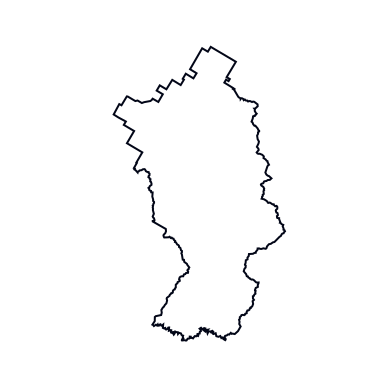 outline of Cessnock, New South Wales, Australia, rotated 291°
{"feature_id": "25037944B68071810644037", "entity_name": "Cessnock", "entity_type": "district", "adm_level": 2, "iso_a3": "AUS", "parent_name": "Australia", "parent_adm1": "New South Wales", "projection": "mercator", "projection_center": [151.046, -32.894], "detail": "fine", "context": "isolated", "style": "outline", "palette": "ink", "viewbox_px": 384, "rotation_deg": 291, "n_neighbors": 0, "source": "geoboundaries", "source_scale": "gbopen_adm2", "svg_char_len": 6011}
<svg xmlns="http://www.w3.org/2000/svg" viewBox="0 0 384 384"><g transform="rotate(291 192 192)"><path d="M233.2,261.3L234.4,258.3L234.4,256.7L235.0,255.1L236.5,253.5L242.9,253.2L244.0,253.4L245.0,254.1L247.0,251.8L247.8,251.5L248.0,250.3L248.8,249.0L249.3,246.6L251.0,246.3L251.9,244.3L252.0,241.5L251.5,240.5L251.4,239.4L252.1,238.2L255.1,239.2L256.3,238.4L257.4,236.4L261.1,236.7L263.1,236.4L264.8,234.4L267.9,232.6L270.1,232.8L271.4,232.2L272.6,233.0L273.3,232.7L273.6,231.7L274.8,230.6L276.6,227.4L276.2,226.6L277.2,224.8L278.6,223.6L279.0,222.4L282.3,222.4L284.5,221.9L285.3,223.2L285.7,222.9L286.9,223.9L288.3,224.3L288.6,223.4L290.2,221.5L291.7,221.1L292.2,220.3L292.6,221.1L295.6,222.6L297.3,221.8L298.5,217.8L298.3,216.6L297.5,215.8L297.7,213.7L297.4,212.9L296.6,211.9L297.2,211.0L296.7,209.6L297.3,208.2L296.3,207.4L297.2,206.6L297.4,205.1L297.1,204.2L296.3,204.0L296.9,203.7L297.1,201.9L297.5,201.0L302.2,195.1L304.2,194.6L302.6,194.3L302.9,193.1L303.8,193.2L305.7,183.0L309.1,183.5L308.6,186.4L311.0,186.8L311.6,183.2L329.3,186.3L334.2,157.5L328.7,156.5L329.8,150.0L305.9,146.2L304.5,153.7L298.6,152.6L300.2,143.8L294.3,142.8L294.0,144.2L287.8,143.1L289.6,133.4L278.7,131.3L280.0,123.7L274.0,122.7L272.8,129.7L264.0,128.3L265.0,121.8L263.4,121.4L262.0,120.5L258.7,115.1L257.1,113.3L257.9,108.4L256.6,106.5L258.1,97.8L257.9,96.9L247.7,95.1L248.0,92.6L236.3,91.1L235.2,96.6L234.1,105.0L230.2,104.3L228.2,116.1L214.2,113.8L211.2,131.4L199.4,129.5L199.3,130.1L193.5,129.2L193.4,130.2L192.4,130.1L192.2,131.4L190.7,134.3L191.7,134.2L192.2,134.9L193.3,135.3L194.3,137.1L195.5,137.9L196.3,139.3L196.2,140.1L194.9,141.5L194.7,142.8L195.0,144.3L194.5,144.4L193.9,145.8L192.3,146.3L191.4,145.8L190.2,146.0L190.0,147.1L189.1,147.8L189.1,148.6L186.9,149.2L186.7,150.1L185.3,151.2L184.1,151.6L182.4,150.5L181.3,150.5L180.2,149.9L179.7,150.9L178.7,151.2L178.2,152.7L178.3,153.4L177.1,154.0L177.5,155.4L173.5,156.6L171.1,158.4L169.7,158.9L169.2,160.1L168.2,160.5L167.4,160.2L165.6,160.5L165.2,160.2L164.2,160.9L163.4,160.9L162.3,161.7L161.2,161.9L158.0,164.2L155.0,164.1L154.2,165.0L153.9,165.9L152.3,167.1L151.7,167.1L150.9,165.7L150.4,165.9L148.1,180.8L146.0,181.8L144.0,181.8L142.0,180.9L141.3,180.9L140.1,181.7L139.6,182.4L141.3,186.3L142.2,187.1L141.5,188.5L142.0,188.9L142.1,189.6L141.6,190.0L141.8,191.5L140.8,192.3L140.3,193.8L139.2,194.0L139.2,195.1L137.7,197.0L137.6,198.2L137.2,199.0L135.9,199.7L135.7,201.1L133.6,202.7L133.4,203.7L132.2,204.2L131.0,204.0L130.0,205.0L125.5,207.6L125.8,208.8L124.0,209.8L123.1,213.0L122.3,213.7L120.6,216.5L119.8,216.3L118.7,216.5L118.0,215.8L117.2,215.8L116.2,217.0L115.1,217.2L114.3,215.5L112.9,215.1L112.2,214.0L110.2,214.0L109.7,212.7L108.8,211.6L107.8,211.1L105.9,211.2L105.3,212.2L104.4,212.4L102.8,210.9L101.5,211.1L100.9,210.6L99.6,210.1L97.0,211.1L95.7,210.6L94.9,210.8L94.0,209.9L92.9,209.6L91.2,210.1L90.4,209.6L90.2,208.9L89.1,208.7L88.2,208.1L87.0,208.2L84.2,206.5L83.2,206.6L81.9,207.6L78.8,208.0L77.0,207.2L74.7,206.8L73.7,206.2L70.8,205.7L68.5,207.0L66.1,207.3L63.1,202.7L62.0,202.1L58.1,203.5L54.0,202.6L54.0,203.2L53.2,204.5L55.2,205.9L54.8,207.2L56.0,207.5L55.1,208.2L55.3,209.0L56.6,209.3L57.2,210.0L56.3,211.0L56.3,211.7L57.9,212.6L54.7,213.5L54.6,214.5L55.5,215.7L54.5,216.2L54.3,217.1L55.1,217.9L57.0,218.5L57.3,219.2L54.2,220.1L55.4,221.5L55.5,222.1L54.5,222.2L53.3,222.8L53.3,225.0L52.3,226.1L52.9,226.3L54.6,224.8L54.9,225.9L53.8,226.8L55.7,226.4L55.6,227.8L56.0,228.9L54.5,229.8L55.9,230.2L56.0,232.4L54.8,233.5L54.6,234.3L54.7,235.2L53.3,235.3L52.3,236.4L51.0,235.5L50.0,235.6L49.8,235.9L51.1,238.4L51.1,239.6L51.5,240.1L53.5,240.5L54.1,241.8L54.6,242.2L56.2,241.7L56.5,242.7L55.4,243.3L55.9,244.6L55.7,245.4L58.4,246.2L58.7,247.5L59.6,247.7L59.7,249.3L60.3,249.3L61.5,248.2L62.6,249.9L64.2,249.4L65.4,250.2L66.6,249.2L67.1,248.1L68.5,249.1L67.6,250.9L68.0,251.4L69.3,252.1L69.4,253.4L67.6,253.6L67.0,252.9L66.5,254.5L68.2,254.7L69.2,256.3L67.5,255.8L65.6,257.2L67.7,257.4L68.4,258.9L67.8,260.1L69.4,260.4L69.7,260.8L69.0,262.1L67.9,261.9L67.2,262.3L67.1,263.0L68.6,264.7L66.1,266.4L66.3,268.6L67.7,270.0L66.2,271.7L67.1,272.3L67.2,272.8L66.0,273.9L65.6,276.1L66.3,276.3L67.1,275.9L67.9,274.4L69.6,274.5L70.6,275.9L72.0,276.7L72.2,277.8L74.4,278.7L73.8,279.8L74.3,280.5L74.7,282.8L78.6,284.8L83.9,285.6L85.7,283.4L87.9,282.9L89.6,281.7L90.7,282.1L92.3,281.5L93.8,282.3L94.8,282.3L95.5,283.4L95.7,284.8L96.5,285.4L97.4,285.3L98.4,286.5L99.7,286.0L101.3,286.2L101.7,287.2L102.6,287.8L103.9,287.7L104.6,288.4L105.1,288.0L106.7,289.2L109.4,289.2L111.8,287.7L113.5,288.5L114.4,287.1L116.5,286.2L117.3,287.0L118.5,286.9L119.8,287.7L120.7,287.1L122.5,286.8L122.6,286.1L123.0,285.9L125.3,285.9L127.0,287.5L128.8,286.7L130.7,286.8L131.4,286.6L130.7,285.0L130.7,284.1L131.9,281.3L132.1,280.0L131.6,279.1L131.7,277.4L132.1,277.1L132.4,275.2L133.2,274.4L133.0,273.3L134.7,272.0L136.5,268.7L139.2,268.5L140.7,269.1L142.6,268.5L142.9,267.6L143.3,267.4L144.8,267.5L147.6,266.7L149.0,268.0L150.7,267.3L152.5,267.9L154.5,267.4L156.2,271.1L157.4,272.0L158.1,273.3L159.0,273.0L161.8,273.9L162.8,273.5L163.4,274.8L163.3,275.8L163.7,277.2L165.0,278.8L165.4,281.2L166.5,281.7L168.0,281.5L170.8,282.5L171.9,284.2L173.9,285.5L174.9,286.9L181.6,289.8L182.8,290.7L184.8,290.9L185.6,291.3L186.3,292.3L187.7,292.4L188.6,292.9L189.5,292.0L189.6,290.9L190.7,290.6L192.4,289.0L194.0,289.0L194.1,287.1L194.9,285.8L194.8,285.1L195.6,285.1L198.0,283.0L198.8,282.7L198.3,281.0L198.9,280.4L200.0,279.9L200.9,280.5L201.8,280.2L203.0,279.3L203.1,278.1L204.6,276.9L205.3,276.8L206.9,277.6L208.5,277.1L209.1,276.5L209.3,275.8L208.5,274.8L209.2,273.2L209.8,272.7L209.3,271.6L210.0,268.9L209.9,268.1L209.3,267.5L209.2,266.6L210.1,265.7L210.6,264.1L211.0,262.0L210.7,259.4L211.7,259.5L212.6,259.1L213.8,259.5L214.7,259.0L215.9,259.7L218.4,258.4L219.6,258.7L220.3,258.1L221.0,258.2L222.3,256.8L222.9,254.4L223.5,253.7L224.0,253.7L224.5,253.9L225.7,255.4L227.6,255.5L228.3,256.3L228.9,257.5L230.3,258.4L231.2,260.3L233.2,261.3Z" fill="none" stroke="#020617" stroke-width="2"/></g></svg>